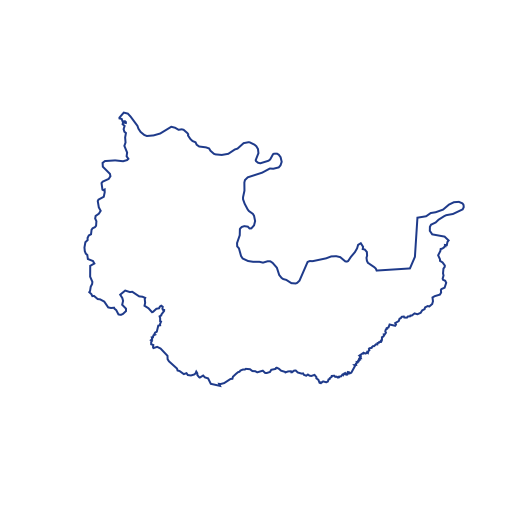 Talensi, Upper East, Ghana (Albers equal-area conic projection), rotated 206°
{"feature_id": "2480657B26285365473669", "entity_name": "Talensi", "entity_type": "district", "adm_level": 2, "iso_a3": "GHA", "parent_name": "Ghana", "parent_adm1": "Upper East", "projection": "albers", "projection_center": [-0.74, 10.642], "detail": "fine", "context": "isolated", "style": "outline", "palette": "blue", "viewbox_px": 512, "rotation_deg": 206, "n_neighbors": 0, "source": "geoboundaries", "source_scale": "gbopen_adm2", "svg_char_len": 6106}
<svg xmlns="http://www.w3.org/2000/svg" viewBox="0 0 512 512"><g transform="rotate(206 256 256)"><path d="M83.1,277.1L82.8,280.0L81.2,282.1L81.5,283.9L79.7,286.3L78.1,286.6L76.6,290.1L77.1,292.9L79.2,296.1L77.8,298.2L73.8,301.9L73.6,304.3L74.9,306.5L74.8,307.6L72.6,310.2L73.3,315.3L75.1,316.7L77.4,316.6L78.3,317.4L78.9,320.7L80.3,322.4L82.0,326.9L81.6,328.9L82.1,330.2L85.5,332.0L88.5,332.3L89.2,333.7L92.6,336.5L92.5,341.3L93.1,343.3L91.9,344.2L90.8,346.0L90.7,347.3L90.0,347.7L90.9,348.8L89.3,349.4L90.1,352.7L89.7,354.4L95.0,356.1L107.1,352.7L110.8,354.8L112.5,358.5L112.4,360.9L109.2,364.9L107.8,368.7L104.2,374.5L102.9,376.1L97.4,380.1L90.7,388.5L90.7,390.9L91.3,392.0L92.1,393.1L93.6,393.8L97.4,393.6L101.7,391.1L105.1,386.8L108.2,379.7L113.7,374.1L117.8,371.2L120.5,366.3L127.7,361.2L112.8,324.9L112.2,312.3L141.2,295.8L142.8,297.2L144.7,297.8L152.4,298.9L154.2,300.3L155.9,302.8L156.3,305.0L158.1,308.2L161.1,309.5L163.1,309.0L163.8,311.2L167.4,313.4L169.1,310.8L168.5,307.2L168.8,302.8L170.3,296.9L171.0,291.8L171.9,290.8L173.4,290.3L179.8,291.9L183.8,291.0L188.2,288.6L192.0,284.6L202.8,276.2L205.5,275.0L207.0,273.3L206.1,252.9L207.2,249.9L208.3,248.7L212.3,247.1L218.3,247.8L221.5,247.2L223.4,247.5L226.8,249.1L232.1,254.6L238.0,257.1L240.8,257.5L243.2,256.4L246.8,253.1L250.3,252.3L256.1,249.5L261.0,248.0L266.9,247.9L269.4,249.4L274.7,255.4L277.1,256.4L278.7,259.3L279.7,267.5L282.3,273.2L282.1,274.3L281.5,275.9L279.6,277.7L276.2,278.8L273.9,277.9L272.3,278.8L271.2,282.7L272.1,287.0L275.4,291.3L277.3,292.5L282.1,293.3L283.9,294.2L289.1,298.0L292.5,301.3L293.4,303.1L295.0,309.6L298.7,317.0L299.2,319.4L297.9,323.1L287.0,333.6L281.9,340.7L278.7,342.0L274.4,345.6L273.7,348.2L274.2,351.9L277.2,355.6L279.9,357.0L282.0,357.2L284.7,355.8L285.3,355.0L285.6,349.0L286.5,347.1L292.8,341.2L295.1,340.7L297.6,341.3L298.3,342.0L298.9,349.5L301.1,353.0L303.8,354.8L306.2,355.4L311.4,355.4L312.6,355.0L316.6,352.0L319.7,344.4L321.7,342.5L325.7,335.7L331.1,331.8L336.9,329.6L338.6,329.4L343.0,330.6L345.3,332.1L348.6,331.7L355.1,329.5L358.1,330.0L360.2,331.7L363.5,331.5L366.3,332.4L369.9,334.5L370.3,335.7L371.6,336.4L376.4,337.7L378.3,337.3L380.9,335.5L385.0,335.8L388.8,335.0L395.8,324.1L400.9,319.5L406.7,316.0L409.5,315.8L414.1,316.9L417.5,318.9L419.6,321.0L429.6,326.2L433.6,327.8L437.7,326.9L439.4,320.5L439.0,319.8L436.8,320.3L434.8,318.4L432.9,319.7L431.6,319.3L431.3,318.5L433.9,317.8L433.7,316.0L431.1,315.3L430.6,312.0L428.8,310.0L426.8,309.5L425.6,305.2L423.0,300.8L422.6,297.3L417.2,292.5L416.0,288.9L413.3,287.4L413.9,285.7L417.0,282.9L424.5,280.2L433.4,275.1L434.7,272.4L432.8,269.1L423.3,265.8L421.8,263.9L422.2,260.7L426.4,255.6L426.8,253.8L423.1,248.3L422.1,248.2L421.2,249.4L419.9,246.9L418.8,242.5L422.3,237.6L422.3,236.0L418.6,230.8L415.4,228.5L415.8,225.1L417.7,221.7L417.0,219.2L414.7,217.3L413.0,213.1L413.4,211.3L415.0,209.3L415.3,207.5L413.8,203.2L415.3,201.2L415.3,198.4L414.3,196.5L415.4,193.6L413.9,188.4L412.0,185.3L410.0,183.5L408.1,183.0L405.8,179.6L400.3,180.0L398.0,178.4L400.7,174.5L396.0,164.7L391.7,161.0L391.0,158.9L391.1,156.0L389.8,151.7L390.0,150.4L387.3,149.6L385.5,148.2L384.1,149.1L379.4,147.9L377.1,148.7L372.4,148.5L366.3,145.0L363.5,145.7L360.9,147.3L360.1,146.6L357.9,146.1L354.0,143.2L353.1,143.4L351.6,143.9L350.2,145.6L348.7,149.5L349.8,151.7L354.9,153.5L355.8,157.4L357.7,159.6L361.1,161.7L358.4,167.6L353.5,168.3L351.5,169.6L343.3,168.5L340.3,169.6L337.2,169.8L337.1,168.5L335.1,165.3L334.4,162.4L329.7,161.9L324.8,159.9L324.1,160.6L322.4,164.9L320.2,166.5L320.2,168.4L319.4,169.8L317.6,169.5L317.0,167.6L316.0,166.8L314.9,167.2L314.5,166.3L315.4,161.9L315.1,161.0L316.2,159.5L314.9,158.1L313.6,155.4L312.6,155.4L312.4,152.6L311.8,151.7L313.3,150.6L312.0,144.5L313.1,142.9L313.1,140.8L312.5,140.8L313.4,139.7L313.1,138.1L313.8,137.4L313.2,137.2L313.5,136.6L312.9,135.6L313.5,134.3L312.3,134.1L312.5,132.7L311.5,130.7L309.3,131.0L308.6,128.9L307.8,128.3L305.0,131.0L301.2,131.0L291.8,127.5L290.2,124.5L288.1,123.2L277.7,120.2L276.3,118.7L274.3,119.1L269.1,118.2L267.1,120.2L265.1,119.1L262.1,120.1L259.6,122.4L258.9,123.9L259.0,125.9L257.4,124.9L256.4,123.2L253.9,122.1L253.2,122.1L251.1,125.4L248.7,124.5L245.4,125.0L240.6,121.3L231.4,123.5L233.1,124.9L231.7,125.4L228.9,127.8L225.0,134.3L223.4,135.3L223.8,137.4L222.2,141.6L221.1,143.9L220.1,144.7L219.8,146.2L218.0,148.2L216.2,149.1L215.7,150.1L211.8,151.6L208.8,151.0L206.2,152.1L203.9,152.0L199.6,155.9L196.5,154.9L195.1,155.5L192.6,157.9L192.4,160.4L188.9,163.1L189.0,164.0L188.4,164.7L186.0,164.7L183.2,163.9L178.9,164.6L178.5,164.3L176.6,166.3L174.5,167.5L173.5,167.8L173.2,167.0L172.7,167.2L171.5,169.7L170.1,170.5L167.4,169.6L163.4,170.3L162.2,171.1L160.9,170.2L158.4,170.4L157.4,172.2L155.4,171.9L153.7,172.4L151.3,174.8L148.6,173.6L148.1,172.5L145.7,172.1L143.3,169.9L142.1,170.1L142.1,171.0L141.5,171.0L140.7,172.7L137.5,173.3L136.4,174.7L136.7,176.9L135.9,177.6L136.1,178.5L135.0,180.7L135.3,181.4L133.2,182.7L131.8,182.1L131.0,182.8L129.1,182.6L128.3,183.3L128.7,183.8L126.7,185.2L126.3,187.5L125.7,188.1L125.3,187.7L125.1,189.1L124.6,189.0L124.4,189.7L123.4,189.0L122.6,190.0L122.2,189.3L121.9,189.5L121.7,190.7L122.6,191.1L122.6,192.0L121.4,192.3L120.3,191.6L119.2,192.9L118.8,200.8L119.7,201.1L118.2,202.0L119.0,203.0L118.5,204.0L119.0,204.8L118.0,205.1L118.2,206.2L117.6,206.3L117.6,207.2L118.2,207.1L118.1,208.1L117.4,208.4L118.1,209.0L116.9,209.9L118.2,210.7L117.6,211.4L118.0,212.0L119.3,212.0L117.0,216.0L116.4,215.6L115.7,216.4L114.7,216.4L113.9,217.4L114.0,218.2L112.9,217.9L113.3,220.0L112.8,221.0L113.8,222.0L113.6,222.8L111.8,224.1L111.9,224.8L111.3,226.3L110.3,226.8L109.5,229.2L108.2,229.7L108.6,231.0L107.5,231.9L107.6,232.6L105.9,233.6L105.9,234.5L106.6,234.9L106.0,235.8L107.2,238.2L106.3,239.3L106.1,240.3L106.7,241.4L106.0,241.5L105.6,244.0L106.8,245.0L107.1,247.0L106.3,248.0L106.8,248.6L105.6,249.8L105.9,253.0L100.3,254.3L100.1,255.7L101.5,256.7L99.2,260.1L99.5,262.6L98.6,263.6L98.4,265.2L96.6,266.4L95.7,265.7L93.3,266.8L93.0,268.2L91.1,269.3L91.1,270.2L89.9,270.7L88.3,273.9L85.4,274.4L83.1,277.1Z" fill="none" stroke="#1e3a8a" stroke-width="2"/></g></svg>